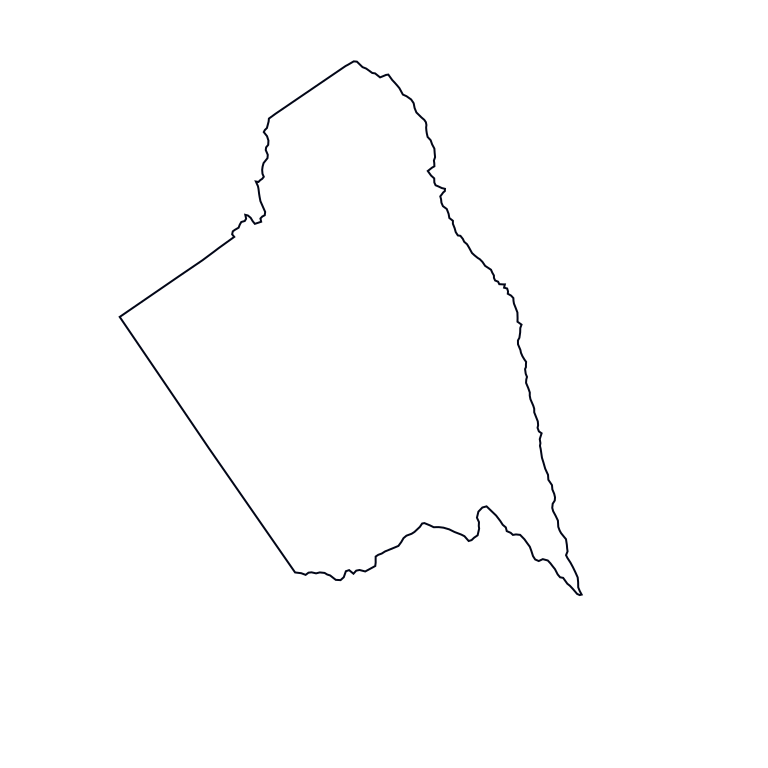 Parecis, Rondônia, Brazil (Equal Earth projection), rotated 326°
{"feature_id": "56859067B9929029534731", "entity_name": "Parecis", "entity_type": "district", "adm_level": 2, "iso_a3": "BRA", "parent_name": "Brazil", "parent_adm1": "Rondônia", "projection": "equal_earth", "projection_center": [-61.327, -12.313], "detail": "fine", "context": "isolated", "style": "outline", "palette": "ink", "viewbox_px": 768, "rotation_deg": 326, "n_neighbors": 0, "source": "geoboundaries", "source_scale": "gbopen_adm2", "svg_char_len": 3844}
<svg xmlns="http://www.w3.org/2000/svg" viewBox="0 0 768 768"><g transform="rotate(326 384 384)"><path d="M530.0,98.9L445.1,99.3L437.0,99.6L435.1,101.9L432.6,104.1L430.1,106.3L427.3,106.8L425.2,107.9L425.6,113.2L424.3,117.6L421.7,121.0L418.6,121.9L416.8,123.9L415.8,129.0L413.7,131.6L407.7,133.5L404.9,135.9L402.7,138.4L400.8,141.8L400.2,145.0L397.8,145.8L395.4,145.8L392.9,146.3L391.0,144.5L390.1,149.6L389.1,152.0L386.8,156.5L385.5,159.3L383.8,163.3L382.6,169.9L381.7,174.9L379.5,177.4L376.7,177.1L374.1,177.7L372.9,180.8L370.0,180.0L366.5,179.0L366.2,175.6L366.4,171.7L365.4,168.2L363.6,166.2L362.1,169.9L359.7,171.0L356.3,169.9L353.6,171.2L350.9,173.1L346.5,172.8L344.0,172.9L341.8,175.0L342.1,178.3L322.7,178.9L317.7,179.2L302.7,179.9L275.0,180.0L214.1,180.5L202.4,180.6L202.7,261.2L202.9,339.6L204.9,490.5L209.6,494.6L212.3,498.4L215.9,498.2L218.6,499.6L221.8,503.0L225.4,504.3L229.1,507.4L230.4,510.2L232.3,512.6L234.5,519.4L238.3,522.3L242.6,521.7L247.7,517.9L251.0,518.8L252.6,524.2L256.6,523.2L259.7,524.5L263.6,528.9L266.5,529.2L275.0,530.0L277.3,527.3L278.8,525.0L280.6,522.4L283.7,522.4L287.3,523.3L291.3,523.4L299.9,525.2L305.4,526.3L309.9,524.7L314.0,522.7L317.8,522.3L323.1,523.6L326.5,523.7L333.9,522.5L337.6,521.0L339.7,521.9L343.1,527.0L345.1,530.5L349.3,533.2L353.0,536.4L356.8,541.0L359.7,546.1L363.9,552.1L365.6,555.2L366.4,561.5L369.3,562.4L372.8,561.8L377.0,561.8L382.0,557.1L383.2,554.7L385.5,551.6L386.3,546.8L390.9,542.6L396.5,541.4L400.6,542.8L403.4,555.8L403.8,562.8L403.7,567.1L404.8,571.0L403.5,574.6L405.8,578.2L406.5,581.2L409.3,582.5L412.5,585.2L413.6,591.3L413.7,595.8L413.9,600.4L412.9,604.5L411.3,610.0L411.2,614.0L413.3,617.3L417.7,618.0L421.1,621.9L421.7,625.7L421.9,629.3L422.2,633.1L421.5,639.0L421.9,642.7L424.1,644.9L424.3,652.1L425.3,655.2L426.0,659.6L426.7,666.0L428.2,668.4L430.1,669.1L430.5,665.1L431.3,661.2L434.1,656.9L436.4,652.7L437.4,647.0L438.2,641.4L438.7,636.3L438.8,630.6L439.2,627.7L442.6,625.4L443.9,622.7L445.6,619.7L448.1,614.4L447.8,611.4L447.4,606.6L447.7,603.6L448.6,599.9L451.8,594.5L452.6,589.2L453.1,584.1L454.2,580.8L456.9,577.6L460.4,576.1L462.4,573.6L463.7,570.2L464.6,565.6L466.7,561.8L466.7,555.3L469.2,551.0L469.6,548.4L470.3,544.3L472.3,538.2L473.7,533.5L476.4,527.9L477.6,525.4L478.7,522.5L480.6,520.5L482.3,516.8L487.1,513.0L485.9,509.9L486.8,506.2L488.7,504.4L490.6,501.0L492.7,491.5L494.7,488.5L495.6,485.5L496.9,478.5L498.3,475.2L500.1,472.6L501.3,468.1L502.4,462.5L504.5,459.8L506.5,458.1L507.2,454.8L509.3,450.5L511.1,449.4L512.5,447.3L514.2,445.1L514.1,442.3L514.3,438.4L515.0,434.7L516.1,432.1L517.3,426.0L519.4,422.8L522.1,421.4L525.8,417.3L528.3,413.8L531.2,411.7L529.5,407.0L531.5,404.2L534.6,399.3L535.9,393.7L536.7,390.0L537.9,387.4L539.3,385.1L538.8,381.8L537.1,378.4L538.6,376.6L539.5,373.7L537.4,371.3L539.9,369.0L538.0,367.7L535.4,365.7L535.8,363.0L534.0,360.3L534.5,357.5L535.8,355.5L536.0,352.4L536.6,349.1L533.9,342.6L533.9,337.8L533.2,334.1L532.2,331.9L531.0,328.0L530.2,324.6L530.8,318.2L531.0,314.6L530.0,310.9L530.5,307.8L530.2,303.9L528.3,302.1L528.4,298.2L529.7,294.3L530.7,289.7L532.4,287.2L531.0,282.9L532.7,279.1L533.9,274.0L532.3,269.5L533.0,265.8L534.6,262.8L535.6,259.9L537.8,259.2L540.2,258.3L542.3,258.1L543.7,256.3L541.5,253.9L539.5,250.5L537.9,248.1L538.4,245.1L540.6,241.6L539.6,237.6L539.4,231.9L544.8,231.5L547.5,231.7L549.2,229.0L550.3,226.7L553.2,224.5L555.2,220.8L557.4,217.0L557.9,212.2L559.0,208.0L558.3,203.6L559.7,200.0L560.9,197.5L562.3,195.0L564.0,193.0L565.1,190.4L565.1,187.5L564.1,183.9L562.7,177.0L563.7,172.3L565.6,167.8L565.6,163.3L563.6,158.0L561.5,154.6L562.2,147.3L561.9,144.2L561.4,140.3L560.8,136.6L560.7,132.9L560.6,129.9L558.5,128.9L555.4,128.3L552.2,127.6L550.3,121.5L548.2,119.6L545.6,112.5L543.4,109.3L541.8,101.6L539.3,99.6L532.8,99.2L530.0,98.9Z" fill="none" stroke="#020617" stroke-width="2"/></g></svg>